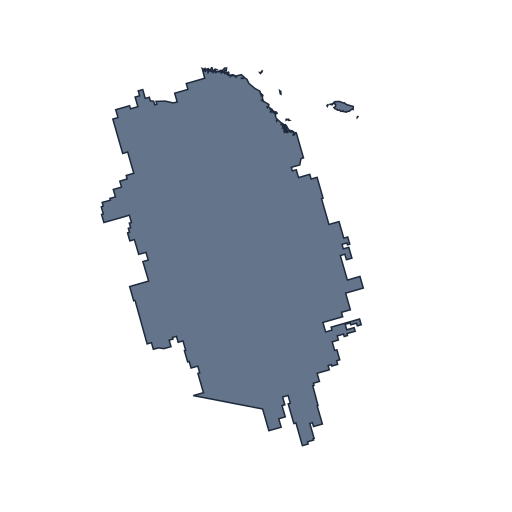 the district of Ashburton, Western Australia, Australia, rotated 74°
{"feature_id": "25037944B95548638033328", "entity_name": "Ashburton", "entity_type": "district", "adm_level": 2, "iso_a3": "AUS", "parent_name": "Australia", "parent_adm1": "Western Australia", "projection": "mercator", "projection_center": [115.241, -22.235], "detail": "fine", "context": "isolated", "style": "filled", "palette": "slate", "viewbox_px": 512, "rotation_deg": 74, "n_neighbors": 0, "source": "geoboundaries", "source_scale": "gbopen_adm2", "svg_char_len": 6057}
<svg xmlns="http://www.w3.org/2000/svg" viewBox="0 0 512 512"><g transform="rotate(74 256 256)"><path d="M345.1,173.8L345.1,203.4L348.2,203.4L348.2,210.0L338.3,210.0L338.3,189.4L333.7,189.4L333.7,180.1L316.4,180.1L316.4,161.7L304.3,161.7L304.3,174.8L278.8,174.8L278.8,170.1L284.5,170.1L284.5,164.4L273.2,164.4L273.2,170.1L268.5,170.1L268.5,165.0L270.5,165.0L270.5,162.6L263.0,162.6L263.0,166.7L245.8,166.7L245.8,177.2L218.9,177.2L218.9,175.6L197.2,175.6L197.2,181.8L192.3,181.8L192.3,193.5L184.2,193.5L184.2,197.6L180.5,197.6L180.5,188.8L174.8,185.9L174.8,183.3L148.8,183.3L148.3,183.9L148.6,184.5L149.0,184.0L148.7,185.0L149.5,185.6L150.2,184.8L149.4,185.8L149.8,185.9L149.9,186.3L150.1,186.3L150.1,186.6L149.3,185.8L149.5,186.5L149.6,187.3L149.0,185.6L147.2,186.1L147.7,185.6L147.1,185.5L145.7,186.7L146.1,187.1L146.0,187.6L145.6,187.1L144.9,188.0L145.1,188.7L145.4,188.5L145.8,188.5L146.2,187.6L146.5,187.5L145.8,188.6L145.1,188.9L145.8,189.3L145.8,188.8L146.6,187.8L146.0,189.3L145.8,189.5L145.0,189.0L143.9,189.7L143.9,190.3L144.3,190.0L145.2,190.3L144.3,190.0L144.1,191.0L146.1,191.7L145.3,193.0L145.3,191.7L144.5,191.6L144.0,192.5L144.0,193.8L144.5,193.7L145.1,194.1L145.1,193.9L145.1,194.2L144.4,193.7L143.9,194.7L142.7,193.4L142.6,194.8L142.0,192.1L141.7,194.8L141.3,193.5L140.2,193.6L141.1,194.2L141.2,194.6L141.0,195.0L141.0,194.2L140.1,193.6L141.3,193.2L141.2,191.6L139.7,193.4L139.8,194.1L140.2,193.8L140.5,194.1L140.3,194.6L140.1,193.9L139.4,194.4L139.5,193.4L138.9,194.7L139.3,193.3L137.7,193.0L137.3,193.2L138.0,193.6L137.0,193.3L135.2,194.5L137.8,193.8L138.1,194.2L136.8,194.8L136.6,195.6L135.2,194.9L131.3,197.3L131.0,198.0L132.1,198.9L131.5,199.0L130.9,198.1L131.0,197.6L128.7,198.8L124.5,198.3L124.6,198.9L124.4,198.2L125.1,198.0L124.4,197.3L123.4,198.7L123.7,199.0L122.6,199.5L122.6,200.6L121.9,199.1L120.0,200.3L121.8,201.3L121.9,201.6L120.6,201.0L120.7,201.7L119.4,200.2L118.1,201.4L118.7,201.6L119.2,202.4L118.0,201.5L115.8,203.0L116.5,204.2L115.7,204.3L115.6,202.8L113.9,201.9L109.9,205.7L109.8,206.5L109.7,205.8L107.8,206.5L108.8,206.2L108.6,207.0L108.1,206.5L107.6,207.3L107.5,206.7L106.8,207.1L107.7,206.4L104.2,206.0L103.5,205.3L102.9,205.6L103.4,206.2L102.8,205.8L102.2,206.3L102.7,206.3L103.1,206.8L101.2,206.9L103.3,205.2L104.5,205.5L103.3,205.1L100.5,206.9L98.8,206.7L94.6,210.9L88.1,215.3L83.7,216.0L80.7,218.5L81.5,218.7L81.8,219.7L80.9,221.8L81.5,219.4L80.2,218.4L77.6,220.2L77.5,225.3L77.9,226.2L79.2,225.4L78.2,226.4L77.3,226.0L75.9,227.5L75.7,228.3L76.2,228.0L77.1,228.3L75.4,228.5L75.4,229.5L76.1,229.9L76.3,230.7L75.2,229.7L74.7,233.5L74.3,231.9L73.2,233.2L73.4,234.6L73.0,232.7L71.9,233.1L72.3,234.2L71.4,235.2L72.1,236.1L72.2,236.6L71.0,234.6L70.1,237.3L70.4,238.5L69.7,238.0L67.8,238.5L68.0,239.9L69.2,239.6L68.2,240.8L68.4,241.4L68.9,240.9L68.6,241.5L67.8,241.8L68.6,243.9L68.5,244.8L67.9,243.3L66.5,243.9L67.6,246.1L66.5,245.6L67.0,248.4L66.4,246.6L65.7,247.3L65.6,246.2L62.9,246.4L62.8,246.9L65.0,248.8L65.6,248.6L65.5,248.9L64.3,248.6L64.2,249.0L66.4,251.5L65.5,251.4L64.7,250.2L63.8,250.1L64.0,251.3L62.8,250.4L62.7,252.7L65.0,254.1L62.0,253.3L62.4,254.3L64.3,255.2L62.5,254.8L63.4,255.8L61.7,255.2L60.9,256.0L71.0,256.3L71.0,275.5L77.1,275.5L77.1,289.3L86.2,289.3L86.0,293.4L82.1,300.5L79.8,309.5L82.8,309.5L82.8,311.7L79.0,311.7L77.7,314.8L74.0,314.8L74.0,319.0L64.8,319.0L64.8,323.7L69.9,323.7L69.9,328.4L79.9,328.4L79.9,336.1L76.7,336.1L76.7,350.5L84.9,350.5L84.9,355.9L120.7,355.9L120.7,350.7L142.8,350.7L142.8,358.6L147.0,358.6L146.4,358.8L146.5,366.3L152.7,366.3L152.7,374.9L160.4,374.8L160.4,380.6L162.2,380.6L162.1,389.1L165.9,389.1L166.1,391.2L173.5,391.2L173.5,393.0L181.9,393.0L181.9,366.5L189.5,366.5L189.5,368.7L194.2,368.7L194.2,371.1L198.4,371.1L198.4,373.1L206.7,373.1L206.7,368.4L222.1,368.3L222.2,360.8L230.2,360.7L230.2,366.3L250.5,366.1L250.5,385.9L265.1,385.9L264.8,385.4L265.7,384.5L310.5,384.9L310.5,380.4L317.4,380.4L317.4,375.1L319.7,370.0L319.7,362.7L313.0,362.7L313.0,358.7L311.3,358.7L311.3,354.6L317.5,354.6L317.5,349.6L327.2,349.6L327.2,350.9L339.0,350.9L339.0,349.3L345.8,349.3L345.8,342.3L352.8,342.3L352.8,344.2L372.9,344.2L372.9,354.8L404.9,291.8L427.5,291.8L427.5,279.0L418.7,279.0L418.7,272.2L407.0,272.2L407.0,269.3L398.9,269.3L398.9,263.6L407.0,263.6L407.0,265.8L427.5,265.8L427.5,263.6L451.1,263.7L451.1,257.7L448.8,257.7L448.8,251.4L447.4,251.4L447.4,250.4L431.8,250.4L431.8,247.7L435.8,247.7L435.8,238.5L416.8,238.5L416.8,237.6L396.4,237.2L396.4,235.9L394.1,235.9L394.1,229.6L385.6,229.6L385.6,216.9L381.2,216.9L381.2,213.5L382.7,213.5L382.7,207.4L378.9,207.4L378.9,204.1L368.5,204.1L368.5,206.4L359.5,206.4L359.5,200.0L355.2,200.0L355.2,193.4L357.7,193.4L357.7,190.0L355.7,190.0L355.7,181.4L351.9,181.4L351.9,189.1L346.3,189.1L346.3,183.9L348.3,183.9L348.3,177.9L351.1,177.9L351.1,173.8L345.1,173.8ZM130.5,133.0L129.4,137.3L130.5,139.9L131.5,138.6L130.6,138.4L132.6,137.7L134.2,138.4L134.7,140.2L136.3,139.5L137.4,137.9L138.3,137.6L138.7,135.4L140.4,134.7L140.4,132.5L140.9,132.8L142.2,130.4L142.1,129.5L142.6,129.4L142.2,127.4L142.7,126.7L141.2,123.3L142.0,122.3L139.1,121.3L135.2,127.4L133.1,128.8L132.9,130.0L130.5,133.0ZM66.7,234.3L68.8,237.9L69.3,238.1L70.0,236.7L69.7,235.3L68.9,234.8L69.6,233.5L67.2,232.4L66.7,234.3ZM138.2,192.4L139.6,193.2L141.8,190.3L139.4,191.2L138.2,192.4ZM103.5,187.7L106.8,188.0L107.4,187.4L104.7,186.8L103.5,187.7ZM142.6,191.3L143.0,193.4L143.8,193.8L143.7,193.3L144.2,191.8L142.6,191.3ZM122.0,199.1L124.8,196.8L124.6,196.3L123.3,196.7L122.0,199.1ZM130.8,142.5L130.2,143.8L131.7,141.2L130.6,140.2L130.8,142.5ZM80.7,201.9L81.8,201.5L80.9,199.7L79.3,198.5L81.1,201.0L80.7,201.9ZM71.9,233.0L72.8,232.3L72.6,231.6L71.6,231.8L71.9,233.0ZM130.9,146.4L131.8,146.2L130.1,144.6L130.9,146.4ZM134.8,186.3L134.0,187.0L133.8,187.8L134.6,187.5L134.8,186.3ZM132.9,189.4L133.7,189.6L133.2,188.2L132.9,189.4ZM137.7,192.2L138.5,191.7L138.9,191.1L137.8,191.5L137.7,192.2ZM149.6,119.0L150.3,120.3L150.8,120.7L151.0,120.7L149.6,119.0ZM65.7,242.9L65.2,243.6L65.2,244.3L65.6,244.3L65.7,242.9Z" fill="#64748b" stroke="#1e293b" stroke-width="1.5"/></g></svg>